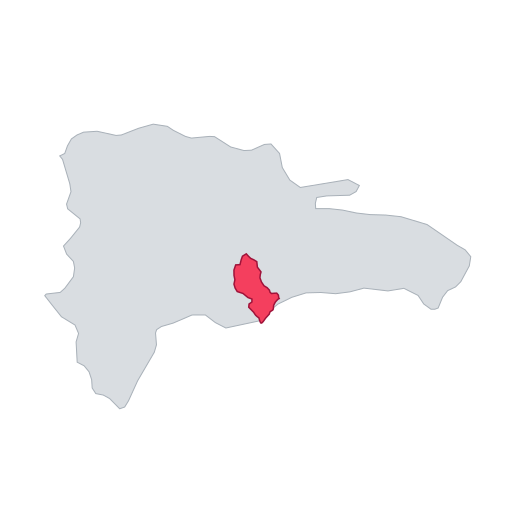 where San Cristóbal sits in Dominican Republic, rotated 355°
{"feature_id": "DOM-1984", "entity_name": "San Cristóbal", "entity_type": "Province", "adm_level": 1, "iso_a3": "DOM", "parent_name": "Dominican Republic", "parent_adm1": "", "projection": "orthographic", "projection_center": [-70.18, 18.517], "detail": "fine", "context": "in_parent", "style": "filled", "palette": "rose", "viewbox_px": 512, "rotation_deg": 355, "n_neighbors": 0, "source": "natural_earth", "source_scale": "10m", "svg_char_len": 2223}
<svg xmlns="http://www.w3.org/2000/svg" viewBox="0 0 512 512"><g transform="rotate(355 256 256)"><path d="M68.6,346.2L69.3,325.9L72.5,317.7L69.7,309.0L56.9,299.6L49.0,287.7L42.1,277.1L43.7,275.6L57.8,275.2L62.8,271.4L72.3,260.7L74.3,252.1L73.6,245.5L67.5,237.6L65.1,229.3L72.8,222.2L82.8,211.8L84.2,207.7L84.0,203.7L72.5,192.6L71.8,187.8L77.3,175.8L76.8,167.8L71.7,142.9L69.2,139.2L74.4,137.2L77.8,129.8L82.3,123.3L88.3,119.8L95.1,117.6L108.6,117.9L127.1,123.7L132.4,123.7L150.3,118.5L165.1,115.7L179.0,119.1L184.6,123.6L196.1,130.7L201.9,132.9L220.1,132.8L225.1,133.5L240.3,145.2L253.2,149.9L260.7,150.2L274.1,145.6L280.7,145.7L288.4,155.9L289.9,170.2L296.3,183.3L306.1,191.6L354.3,187.9L365.1,194.8L361.4,200.5L354.6,203.6L331.7,202.3L321.6,203.0L319.7,208.7L319.6,214.0L333.1,215.2L346.2,217.8L359.7,221.9L373.3,224.7L388.7,226.5L403.9,229.5L429.2,239.6L457.3,262.8L464.9,268.1L469.9,275.4L467.6,284.5L457.8,299.4L452.1,304.2L443.9,307.2L438.3,313.3L432.9,323.7L429.6,324.6L425.7,324.3L418.9,318.4L414.0,309.4L400.5,301.1L384.4,302.3L360.7,297.4L346.4,299.9L332.1,300.5L317.4,298.0L302.7,297.1L288.0,300.3L273.7,305.8L268.5,309.3L259.3,317.7L254.5,320.8L219.7,325.1L209.7,318.8L200.4,310.3L187.1,309.2L167.7,315.6L155.6,318.0L150.6,320.7L149.2,323.9L149.1,335.8L146.3,343.0L127.2,370.0L116.4,389.1L112.0,395.0L106.9,396.3L97.7,385.2L91.7,381.2L84.4,379.1L81.3,373.2L81.5,364.9L79.6,356.8L75.2,350.4L68.6,346.2Z" fill="#d9dde1" stroke="#a8b0b8" stroke-width="1"/><path d="M275.4,300.4L273.9,301.1L271.3,303.5L269.3,306.6L268.6,310.3L268.0,311.3L265.3,312.7L264.7,313.6L264.2,315.0L260.2,318.7L257.4,322.0L255.8,323.3L255.1,323.0L254.8,323.0L254.0,320.6L253.5,317.9L252.0,316.6L250.5,315.0L249.6,313.5L248.8,311.9L246.5,309.1L244.3,306.4L244.9,303.2L247.9,301.5L248.2,298.5L244.4,296.7L239.8,292.2L234.2,289.8L232.4,286.1L231.6,282.1L232.9,277.8L232.4,273.4L232.8,268.1L235.0,263.1L239.3,263.2L240.9,258.5L242.5,255.0L246.5,253.0L248.4,255.5L250.5,257.9L253.5,259.6L256.3,261.7L256.4,267.2L259.6,272.3L258.6,275.0L258.0,278.1L259.2,282.4L261.4,286.4L264.3,288.5L266.4,291.2L266.8,293.3L268.1,294.7L270.8,294.7L273.4,294.8L274.9,296.9L275.0,299.6L275.4,300.4Z" fill="#f43f5e" stroke="#9f1239" stroke-width="1.5"/></g></svg>